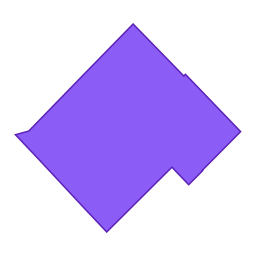 Trenque Lauquen, Buenos Aires, Argentina, rotated 90°
{"feature_id": "61730980B72658617364075", "entity_name": "Trenque Lauquen", "entity_type": "district", "adm_level": 2, "iso_a3": "ARG", "parent_name": "Argentina", "parent_adm1": "Buenos Aires", "projection": "robinson", "projection_center": [-62.544, -36.056], "detail": "fine", "context": "isolated", "style": "filled", "palette": "violet", "viewbox_px": 256, "rotation_deg": 90, "n_neighbors": 0, "source": "geoboundaries", "source_scale": "gbopen_adm2", "svg_char_len": 362}
<svg xmlns="http://www.w3.org/2000/svg" viewBox="0 0 256 256"><g transform="rotate(90 128 128)"><path d="M184.7,67.3L170.7,53.4L170.4,53.8L131.6,15.4L74.3,70.6L76.0,72.2L24.0,122.9L73.1,170.9L131.1,227.3L134.7,240.6L159.3,217.3L182.2,195.9L182.5,195.7L209.0,171.0L232.0,149.3L167.2,84.1L184.7,67.3Z" fill="#8b5cf6" stroke="#5b21b6" stroke-width="1.5"/></g></svg>